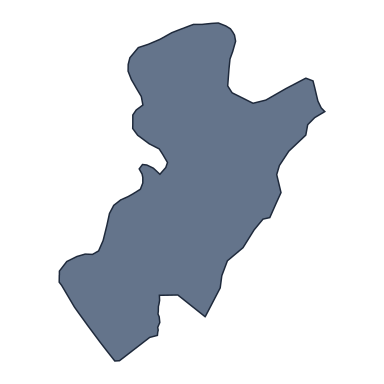 the district of Abi, Cross River, Nigeria
{"feature_id": "59680162B64112154685735", "entity_name": "Abi", "entity_type": "district", "adm_level": 2, "iso_a3": "NGA", "parent_name": "Nigeria", "parent_adm1": "Cross River", "projection": "mercator", "projection_center": [8.011, 5.883], "detail": "fine", "context": "isolated", "style": "filled", "palette": "slate", "viewbox_px": 384, "rotation_deg": 0, "n_neighbors": 0, "source": "geoboundaries", "source_scale": "gbopen_adm2", "svg_char_len": 1582}
<svg xmlns="http://www.w3.org/2000/svg" viewBox="0 0 384 384"><path d="M114.8,361.0L119.5,360.7L149.7,337.4L157.4,335.4L157.7,332.4L158.2,330.1L157.7,327.4L159.8,322.5L159.2,316.8L158.0,314.0L158.3,311.3L158.4,306.4L159.0,304.0L159.6,300.4L159.4,295.3L177.8,295.0L205.1,316.7L205.7,315.8L220.2,287.9L221.8,275.7L227.4,260.8L243.0,247.7L254.1,229.9L263.0,219.1L269.8,217.6L275.9,203.8L281.0,192.6L276.7,174.6L279.4,165.5L288.8,151.2L305.8,135.1L307.7,124.7L314.7,117.6L324.8,111.6L321.2,107.9L317.9,101.1L316.3,94.4L314.7,87.6L313.0,80.9L305.9,78.2L304.8,78.7L285.9,88.6L265.8,100.1L253.3,103.2L253.1,103.3L232.1,92.8L231.0,91.1L227.7,85.9L229.0,68.7L230.0,59.0L232.7,51.5L235.6,41.2L234.5,35.1L232.7,32.0L230.4,28.8L225.9,26.0L218.4,23.0L211.7,23.4L204.8,24.1L202.2,24.4L193.5,24.4L189.7,25.8L178.4,30.1L171.8,32.7L160.0,39.3L148.3,44.3L138.3,47.6L129.9,57.7L128.2,64.4L128.1,71.2L131.4,79.6L135.4,86.5L136.3,88.1L141.3,96.5L142.9,105.0L136.2,110.0L132.8,115.0L132.8,123.5L132.7,128.5L135.1,131.8L137.7,135.3L144.9,140.6L149.2,143.8L157.6,148.1L159.2,148.9L162.5,154.0L167.5,162.5L165.8,167.5L161.6,172.3L159.9,174.3L153.4,168.2L146.8,165.0L142.5,164.5L139.2,168.9L142.1,174.1L142.8,177.5L142.8,183.0L140.4,189.2L132.9,193.9L128.1,196.6L120.7,199.9L113.7,205.4L112.9,207.0L109.5,213.4L107.0,224.9L104.8,233.8L103.1,240.6L98.6,250.9L92.5,254.4L85.1,254.1L76.9,256.5L66.8,261.5L63.4,265.9L59.4,271.1L59.4,273.0L59.4,274.7L59.3,275.3L59.2,282.2L61.6,285.3L74.4,307.0L78.3,312.5L87.7,325.5L100.2,342.3L106.3,350.2L114.8,361.0Z" fill="#64748b" stroke="#1e293b" stroke-width="1.5"/></svg>